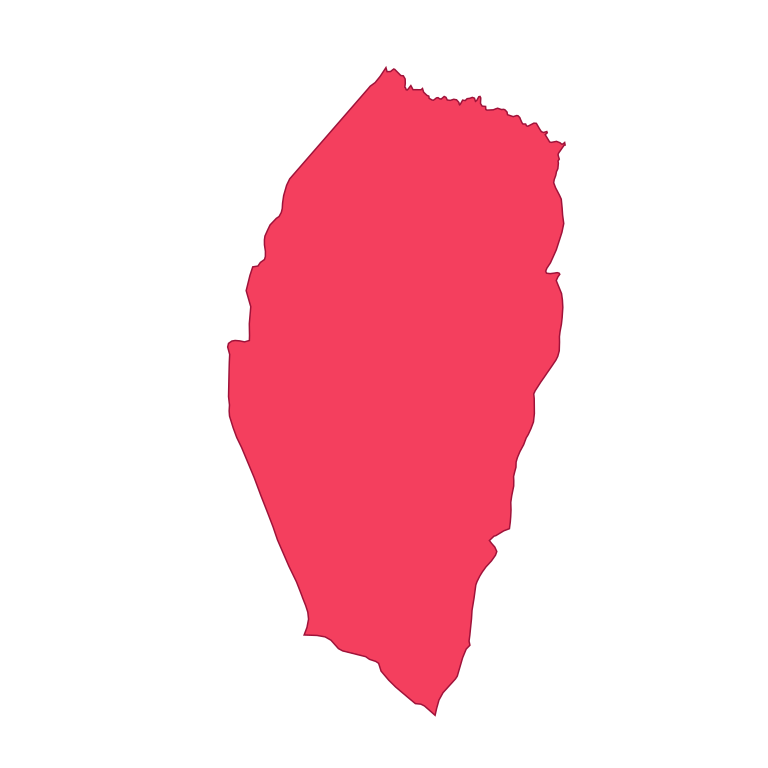 outline of Lodja, Kasaï-Oriental, Democratic Republic of the Congo, rotated 195°
{"feature_id": "63176286B24830189223330", "entity_name": "Lodja", "entity_type": "district", "adm_level": 2, "iso_a3": "COD", "parent_name": "Democratic Republic of the Congo", "parent_adm1": "Kasaï-Oriental", "projection": "equal_earth", "projection_center": [23.394, -3.517], "detail": "fine", "context": "isolated", "style": "filled", "palette": "rose", "viewbox_px": 768, "rotation_deg": 195, "n_neighbors": 0, "source": "geoboundaries", "source_scale": "gbopen_adm2", "svg_char_len": 4181}
<svg xmlns="http://www.w3.org/2000/svg" viewBox="0 0 768 768"><g transform="rotate(195 384 384)"><path d="M396.2,120.9L383.6,123.8L375.4,124.5L368.9,122.8L359.5,116.6L354.8,115.5L331.1,115.9L326.8,114.3L320.1,113.9L316.9,112.8L312.5,105.9L302.7,99.1L294.3,94.3L287.1,90.9L277.5,86.4L271.0,83.4L265.5,84.3L261.6,83.5L248.9,77.2L249.2,84.3L249.1,93.0L247.1,101.1L238.6,117.7L237.6,120.8L237.2,140.0L236.0,149.2L233.4,153.9L235.3,157.7L236.1,163.7L237.5,172.3L238.7,179.8L240.4,188.2L241.6,200.4L243.3,213.7L243.0,217.2L241.8,223.2L240.4,227.9L238.2,233.7L234.4,241.0L232.0,247.5L231.7,251.4L234.8,255.2L239.0,258.0L241.7,260.1L241.0,261.2L238.4,265.5L236.7,266.5L231.6,271.8L231.3,272.1L230.4,273.1L225.4,276.7L225.7,278.9L226.3,283.4L227.2,288.3L228.7,295.2L230.9,302.5L231.7,309.1L232.3,319.0L233.6,324.1L234.9,328.2L235.0,332.7L235.0,336.5L235.0,337.9L235.1,338.2L236.2,342.8L236.1,347.5L235.2,354.0L233.4,361.5L232.7,368.8L231.6,372.5L230.5,378.9L229.8,386.0L231.1,394.4L235.1,408.7L236.8,413.2L236.2,416.7L234.6,421.6L233.2,426.1L231.0,432.1L229.4,436.7L226.3,445.3L224.1,451.7L223.3,455.8L223.3,461.4L225.3,469.9L226.8,475.1L227.5,480.0L228.1,487.7L229.1,494.2L231.1,504.3L233.4,511.3L235.9,517.3L240.3,523.1L244.4,528.5L243.7,532.6L242.6,535.5L243.6,536.4L245.5,536.4L248.4,535.1L252.1,533.6L255.7,533.1L257.0,534.8L256.7,537.8L254.6,544.1L253.6,550.1L252.3,558.2L251.4,576.5L251.9,585.5L255.2,593.4L257.5,600.1L260.6,608.4L263.4,611.8L269.1,618.0L272.1,622.2L272.2,622.3L272.5,625.8L272.4,626.5L272.1,629.8L272.2,631.8L272.4,633.8L272.3,634.4L272.2,634.5L271.8,637.0L272.4,640.6L272.5,641.1L272.7,642.4L273.0,643.1L273.6,644.4L272.9,646.6L274.1,648.5L274.3,648.9L275.2,650.4L275.2,652.0L274.6,653.7L274.4,654.1L273.3,657.2L271.8,661.3L270.9,661.7L272.0,664.0L272.7,663.0L273.5,662.0L274.6,661.7L276.4,662.6L280.2,663.0L284.9,660.7L286.5,660.6L286.8,660.8L292.8,666.5L291.3,668.9L292.1,670.0L295.0,668.2L297.3,668.5L299.6,670.5L303.0,673.9L303.1,674.0L304.3,675.2L306.7,674.8L311.8,670.2L313.2,670.3L314.5,671.8L317.0,671.1L318.3,672.0L320.8,675.1L320.9,675.3L321.8,676.5L324.0,677.8L324.6,677.7L325.2,677.7L328.4,675.7L334.4,676.1L334.5,676.3L335.5,678.5L338.0,680.1L339.4,680.3L341.6,679.5L345.6,679.8L347.6,678.5L347.8,678.3L349.5,677.1L355.4,675.2L355.7,675.3L356.7,675.5L357.7,678.4L361.1,677.8L362.2,678.8L362.3,678.9L362.4,679.0L363.4,680.0L364.1,683.0L364.1,683.3L364.6,685.4L364.8,685.6L365.7,686.6L366.8,686.0L367.8,681.9L368.8,680.7L370.6,683.5L372.9,683.7L375.0,682.2L377.6,681.1L378.9,678.8L380.9,678.6L381.5,678.6L382.8,673.6L383.3,673.2L383.8,673.8L384.5,675.3L386.1,676.4L387.5,677.3L388.5,677.2L390.3,677.1L393.4,675.1L396.4,674.7L398.3,676.9L399.1,677.1L400.3,677.3L402.5,674.1L404.1,673.9L405.2,674.3L405.9,674.6L407.3,674.0L407.4,673.9L407.9,673.3L408.5,672.4L409.5,671.2L409.7,670.9L410.1,670.8L411.2,670.8L414.3,671.6L415.2,673.6L415.3,673.7L417.2,673.9L417.9,674.3L418.3,674.5L421.2,676.1L422.5,678.1L422.7,678.4L423.3,679.4L423.5,679.1L424.4,677.8L429.1,676.6L432.1,675.8L433.2,676.9L433.3,677.1L435.3,679.2L436.2,677.1L436.4,676.6L437.5,674.1L438.6,673.9L439.4,675.0L439.5,675.0L440.0,675.8L440.7,676.0L440.8,676.2L440.8,676.7L441.2,679.8L442.5,684.1L445.1,686.7L447.6,686.3L455.1,690.7L455.5,690.7L456.1,690.8L456.7,690.0L456.9,689.8L458.6,687.5L461.9,686.5L463.2,688.7L464.0,690.1L467.3,680.2L470.6,672.8L474.4,668.1L475.5,665.7L528.2,557.7L529.5,550.8L529.7,540.1L528.8,532.5L527.7,527.2L527.6,523.2L528.7,518.6L530.3,516.8L530.9,516.1L535.2,508.2L536.3,502.3L537.3,496.1L536.8,492.2L535.5,487.5L532.9,481.5L531.6,476.5L531.7,473.3L534.9,469.4L536.3,465.3L541.1,463.2L541.6,454.2L541.4,444.3L541.3,438.5L532.7,424.2L531.9,419.8L529.7,407.4L527.3,399.0L526.4,395.9L525.3,391.2L529.6,388.6L534.6,388.3L539.1,387.5L542.1,386.1L544.7,383.0L544.6,379.3L540.7,372.6L539.1,365.2L536.7,355.2L530.9,331.6L527.8,323.7L526.6,317.9L524.9,313.0L518.4,302.7L512.4,294.2L505.9,286.7L505.2,285.9L485.1,259.9L474.0,244.3L463.0,229.4L454.2,217.3L450.8,212.2L446.5,205.8L428.8,183.5L417.3,170.2L411.7,162.6L408.0,157.5L407.9,157.3L406.9,155.9L402.3,149.7L398.5,143.8L396.0,137.3L395.4,129.0L396.2,120.9Z" fill="#f43f5e" stroke="#9f1239" stroke-width="1.5"/></g></svg>